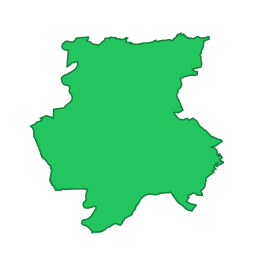 Valea Mare, Vâlcea, Romania (Equal Earth projection), rotated 350°
{"feature_id": "2599482B41757926586400", "entity_name": "Valea Mare", "entity_type": "district", "adm_level": 2, "iso_a3": "ROU", "parent_name": "Romania", "parent_adm1": "Vâlcea", "projection": "equal_earth", "projection_center": [24.031, 44.681], "detail": "fine", "context": "isolated", "style": "filled", "palette": "green", "viewbox_px": 256, "rotation_deg": 350, "n_neighbors": 0, "source": "geoboundaries", "source_scale": "gbopen_adm2", "svg_char_len": 5794}
<svg xmlns="http://www.w3.org/2000/svg" viewBox="0 0 256 256"><g transform="rotate(350 128 128)"><path d="M176.5,220.8L179.2,218.0L181.7,216.0L181.0,215.3L176.2,213.4L172.6,210.3L176.1,206.9L174.7,206.1L175.3,204.6L175.7,204.3L177.5,204.8L181.0,203.2L183.3,204.6L184.2,205.4L184.2,205.9L184.5,206.1L189.4,207.3L189.3,207.0L189.8,206.5L189.7,205.8L188.4,202.8L191.9,200.6L193.4,199.1L194.7,195.3L195.7,193.6L195.7,192.6L196.1,190.9L199.5,189.0L204.8,186.5L204.0,185.8L203.7,184.9L206.8,183.7L207.4,183.7L206.7,182.6L206.7,182.0L205.9,181.0L208.5,178.6L208.5,178.3L209.8,178.0L210.1,178.1L209.6,178.5L208.2,180.1L209.1,181.4L210.2,180.5L215.9,178.7L215.8,177.7L215.2,177.9L214.3,177.4L214.1,177.2L214.3,177.1L214.3,176.6L213.1,176.7L213.0,175.3L213.7,175.1L213.7,174.5L215.6,173.6L214.6,171.3L212.9,172.0L212.7,171.6L211.9,171.0L214.0,170.0L213.8,169.3L211.5,170.1L210.7,168.3L211.8,168.0L211.2,164.7L208.7,161.7L207.8,161.9L207.2,161.5L207.9,161.4L207.8,161.2L209.3,161.2L211.5,160.7L218.5,157.3L216.5,155.2L215.6,155.3L213.1,153.7L212.7,153.1L211.5,152.6L211.0,151.9L210.1,151.7L209.3,151.1L208.9,151.3L203.9,143.7L202.2,142.6L201.6,141.4L199.1,138.8L199.0,138.2L198.4,137.4L198.1,135.7L197.6,135.1L196.8,132.8L196.0,131.9L195.4,131.7L195.0,131.0L194.1,130.5L193.9,129.7L193.2,129.7L189.7,131.0L188.3,129.6L188.2,129.0L187.9,128.8L182.8,129.6L182.3,129.1L179.4,127.8L177.5,124.3L175.9,121.0L177.9,120.7L180.0,121.8L185.1,120.1L184.9,119.5L185.1,118.7L184.1,116.9L184.1,116.5L184.4,116.2L184.0,115.8L184.0,114.2L183.0,111.0L182.7,108.6L182.3,108.4L182.2,107.7L181.6,107.0L181.8,105.9L181.6,104.1L182.5,102.5L183.2,101.9L183.5,100.5L184.4,98.7L186.7,97.4L188.1,95.5L188.5,93.7L188.2,89.8L188.3,88.3L193.2,87.2L196.8,87.0L198.0,86.6L198.9,87.1L200.2,86.8L201.6,87.6L204.4,87.7L205.4,87.5L205.8,85.9L205.9,84.3L204.3,84.4L201.9,82.0L201.5,81.3L205.1,81.1L207.7,80.7L209.6,80.8L210.6,80.3L211.7,77.6L211.7,76.3L211.5,75.4L211.9,71.5L212.2,70.1L211.6,69.3L211.6,68.2L212.5,67.3L213.1,67.1L213.1,66.2L214.4,63.4L215.2,63.0L215.1,62.1L216.0,61.5L216.3,60.0L216.8,59.5L217.0,58.0L217.7,56.7L217.5,55.9L223.2,54.4L222.9,54.1L223.6,53.6L223.6,52.4L223.2,51.9L220.3,52.5L219.5,52.4L218.9,52.6L218.1,52.3L216.6,52.6L216.2,52.2L215.2,52.0L214.2,51.5L213.0,50.1L210.7,50.5L210.0,50.7L210.0,51.0L208.1,51.5L207.2,51.2L205.6,50.3L203.7,50.6L203.4,49.5L202.0,49.6L201.4,48.8L201.5,48.3L201.0,47.7L200.5,47.7L200.3,47.1L199.8,47.1L199.7,46.4L199.3,46.4L199.1,45.2L196.5,45.3L196.6,43.9L192.8,44.7L192.5,45.1L192.9,45.3L192.2,45.7L192.2,46.1L191.5,46.2L191.1,46.9L190.6,47.2L188.9,47.9L188.7,48.3L188.1,48.4L187.1,49.6L186.1,49.7L185.1,48.6L183.4,48.1L180.0,48.2L178.2,47.8L173.7,47.7L173.5,48.1L171.9,48.0L170.7,47.1L170.8,46.6L168.8,46.8L167.7,47.5L163.5,47.8L156.9,47.0L156.4,47.2L151.1,47.2L145.1,45.3L145.9,44.5L141.1,43.2L142.2,39.9L142.5,39.6L143.2,39.4L143.0,39.1L141.4,38.8L140.7,39.2L140.3,39.8L139.4,39.8L139.2,40.0L135.8,39.4L135.3,38.9L135.3,38.7L134.7,38.9L134.3,38.5L132.7,38.5L132.6,38.2L131.5,37.9L131.8,37.0L126.0,35.5L125.7,35.7L125.7,36.6L123.4,35.9L121.0,35.7L120.3,37.1L119.0,38.2L116.6,39.4L116.1,40.0L114.9,40.5L114.2,41.1L113.6,41.2L108.3,39.3L106.9,38.2L105.6,36.5L104.8,36.4L104.4,35.9L103.8,35.8L103.3,35.3L102.6,35.2L104.4,33.0L104.9,31.6L92.6,30.5L91.2,32.3L88.7,33.7L86.2,33.4L83.7,32.0L82.3,31.9L81.0,32.2L78.2,34.0L77.2,36.0L77.2,37.8L77.9,38.8L79.2,39.9L82.7,41.2L78.6,57.0L80.9,56.3L83.0,55.1L84.0,54.2L86.1,53.9L86.7,54.3L87.1,54.2L87.4,53.7L90.0,53.9L89.5,57.2L86.9,60.5L83.0,62.6L79.8,63.5L78.0,64.5L75.2,64.8L72.5,66.0L71.6,66.8L70.9,67.9L71.2,71.5L72.0,73.4L72.8,74.2L73.8,74.8L76.4,75.7L77.5,76.8L77.6,78.3L76.4,81.6L76.7,82.9L77.7,84.7L78.4,86.8L78.1,89.2L77.8,90.1L77.2,91.0L76.0,92.0L74.5,93.1L70.5,95.2L68.7,97.1L58.0,96.7L56.2,105.1L49.5,101.6L47.5,102.3L43.5,103.2L43.8,103.5L44.3,103.5L44.5,104.3L44.1,104.7L44.8,104.7L44.7,105.2L42.8,105.9L39.1,106.4L37.4,107.9L34.1,108.7L32.4,109.4L34.0,111.2L34.7,113.6L34.6,116.1L34.2,117.4L34.4,117.9L33.9,119.1L33.8,120.0L35.0,123.4L35.0,125.0L35.6,125.5L35.6,126.0L35.9,127.0L35.7,127.5L36.1,128.0L35.9,128.9L37.0,132.3L36.9,132.9L37.2,135.0L37.5,135.3L37.6,138.3L38.1,138.6L37.6,139.1L38.1,139.8L38.1,141.3L38.8,141.7L38.7,142.5L39.5,143.2L39.8,143.9L41.0,144.2L41.4,145.7L43.1,148.5L43.1,149.6L43.7,150.0L44.1,150.9L45.0,151.4L45.4,151.9L44.8,154.1L45.7,154.9L45.8,155.3L45.1,156.3L45.3,157.6L44.3,158.9L44.2,160.7L43.2,162.2L43.1,163.4L42.2,164.5L42.3,164.9L43.0,165.3L42.8,165.7L42.1,165.9L42.4,166.4L42.0,166.7L42.8,168.4L43.4,168.3L43.3,169.0L42.8,169.5L43.4,170.3L43.4,171.5L44.1,171.4L44.8,172.3L44.8,172.9L45.4,173.1L45.4,173.5L45.0,174.4L46.3,175.7L45.9,176.7L51.7,177.5L52.1,176.7L54.9,177.5L61.1,178.2L72.6,180.0L77.5,181.5L75.8,184.5L74.8,187.3L74.3,191.3L73.1,192.6L71.1,193.9L70.6,195.2L70.5,196.9L71.3,198.6L72.8,199.6L75.4,199.9L81.3,199.3L82.5,200.0L82.7,201.1L82.1,202.1L76.5,208.4L73.3,210.3L71.2,210.8L68.0,210.9L67.3,211.2L66.6,211.7L66.0,213.6L66.0,214.4L66.6,215.4L69.4,216.8L71.2,218.1L74.3,222.5L74.6,224.1L74.4,225.0L74.8,225.2L76.5,224.1L77.7,225.1L78.6,225.3L79.3,225.4L79.5,224.7L81.6,225.0L81.5,225.5L84.9,225.3L84.9,224.9L88.2,223.9L89.4,222.6L92.9,222.0L96.8,220.3L98.7,219.9L100.6,220.4L101.5,221.3L103.4,222.3L103.8,222.2L105.6,221.0L106.3,219.9L106.7,218.7L107.4,218.7L109.2,216.6L113.4,215.0L115.2,214.7L116.5,214.1L118.0,212.1L119.0,210.5L120.7,209.5L121.3,208.8L122.3,206.6L122.2,206.0L123.1,205.9L125.2,204.1L127.7,200.6L130.1,198.7L133.9,197.1L137.1,196.7L139.6,197.2L142.4,198.3L144.0,198.6L149.7,197.9L151.2,198.2L153.2,198.1L156.7,198.9L158.4,198.3L160.4,201.3L161.0,203.2L162.7,206.4L163.2,208.0L164.0,208.9L165.1,211.0L166.4,211.7L167.2,213.0L168.6,214.1L169.9,216.3L171.1,217.8L173.8,219.8L174.7,220.0L176.5,220.8Z" fill="#22c55e" stroke="#15803d" stroke-width="1.5"/></g></svg>